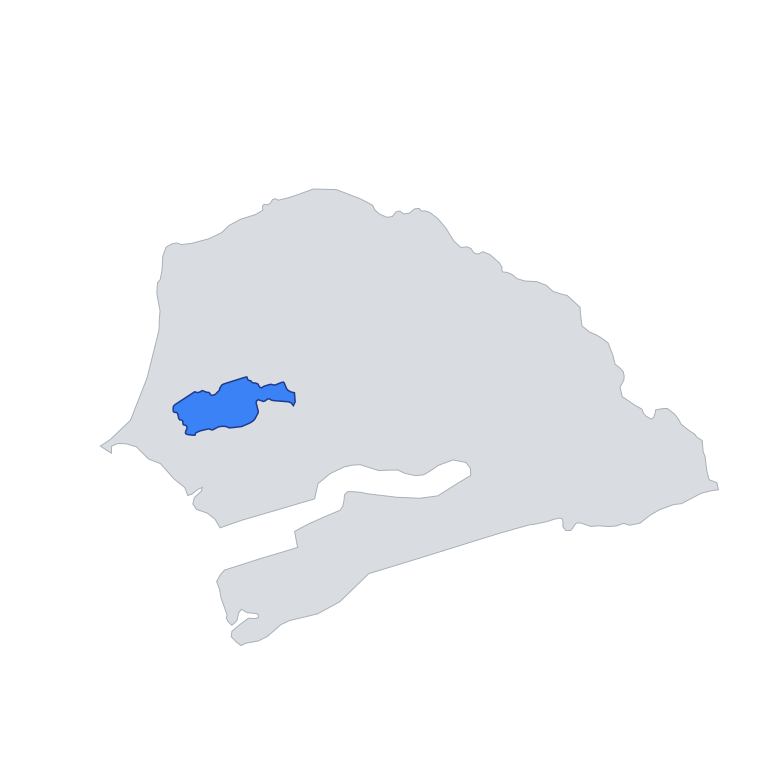 Diourbel highlighted on a map of Senegal, rotated 343°
{"feature_id": "SEN-763", "entity_name": "Diourbel", "entity_type": "Region", "adm_level": 1, "iso_a3": "SEN", "parent_name": "Senegal", "parent_adm1": "", "projection": "albers", "projection_center": [-16.16, 14.769], "detail": "fine", "context": "in_parent", "style": "filled", "palette": "blue", "viewbox_px": 768, "rotation_deg": 343, "n_neighbors": 0, "source": "natural_earth", "source_scale": "10m", "svg_char_len": 5272}
<svg xmlns="http://www.w3.org/2000/svg" viewBox="0 0 768 768"><g transform="rotate(343 384 384)"><path d="M584.9,352.6L593.9,367.9L592.2,375.4L590.3,386.3L595.5,394.1L601.4,399.2L605.6,403.8L610.3,410.3L611.3,423.2L610.7,432.6L613.7,436.8L616.4,442.1L616.0,446.6L614.4,450.6L608.8,455.9L608.1,465.7L617.4,477.3L623.4,483.6L623.4,487.3L625.1,491.2L629.5,495.9L632.2,494.7L635.0,490.8L636.3,488.1L644.2,489.2L647.9,490.3L653.1,497.9L655.1,503.0L656.4,509.4L661.8,517.3L666.5,522.9L667.6,526.4L671.8,531.1L669.4,541.8L669.8,547.2L667.3,561.5L666.9,568.3L667.1,570.7L673.4,575.7L672.9,582.9L666.6,581.8L655.5,581.2L633.5,585.4L625.9,584.0L611.4,584.7L601.1,587.0L588.0,591.9L577.8,590.9L572.3,587.3L565.0,587.7L556.8,585.9L548.1,582.4L540.1,580.7L531.4,574.3L527.4,573.2L524.6,574.9L522.3,577.2L519.8,578.6L515.1,577.4L513.3,573.0L514.7,568.6L515.1,565.4L512.9,563.6L507.7,563.1L499.2,563.2L485.6,562.0L482.5,561.2L452.0,560.5L420.3,560.6L393.5,560.8L359.7,560.9L335.9,560.9L313.8,560.9L296.7,569.8L278.1,579.3L253.2,584.4L224.4,582.6L215.2,583.9L205.7,588.2L198.8,591.2L188.8,593.0L176.0,591.5L170.9,592.4L167.7,588.1L164.0,581.0L166.3,575.9L174.1,572.6L185.9,568.3L192.0,570.6L195.6,570.7L196.3,567.9L195.1,566.4L186.3,562.6L181.7,557.7L177.9,560.6L174.6,566.7L171.9,568.5L167.9,570.2L165.6,566.0L164.7,562.0L166.5,558.9L165.6,541.4L166.7,532.1L166.2,524.0L171.7,518.6L177.0,515.3L197.5,515.1L216.5,514.8L234.9,515.0L253.6,515.1L255.4,498.9L261.3,497.6L270.2,495.9L286.6,493.8L305.0,491.9L308.9,488.7L311.9,483.3L313.8,478.4L317.6,476.3L322.8,477.9L329.5,480.5L336.5,484.3L344.5,487.9L349.9,490.2L362.7,495.9L384.7,503.7L402.7,506.7L424.5,500.7L440.2,496.8L442.0,489.8L439.5,483.0L427.8,476.8L411.9,477.7L407.0,479.4L399.6,481.5L395.1,482.4L387.6,481.0L378.1,475.7L372.0,470.3L363.6,467.8L353.7,465.3L337.7,454.2L329.4,452.2L321.5,451.7L306.4,453.9L291.7,460.0L284.0,473.6L269.2,473.4L237.8,473.1L209.0,472.7L185.2,473.6L182.8,463.7L177.2,455.8L168.1,449.1L166.1,442.9L169.2,437.4L178.0,433.0L180.0,429.8L175.4,430.3L168.4,433.1L163.8,433.3L163.2,424.7L155.5,413.5L146.9,394.7L137.0,387.0L128.8,371.7L120.2,365.9L112.3,363.1L105.5,363.6L103.0,370.5L94.6,360.5L106.1,357.0L130.9,344.6L159.3,308.8L184.8,266.3L188.1,256.3L191.2,248.7L193.2,231.3L196.9,221.0L200.3,219.0L204.6,211.1L209.8,197.2L215.6,189.5L222.2,188.0L227.3,188.6L230.9,191.5L241.5,193.3L259.2,193.9L272.9,191.8L282.5,187.0L295.1,184.5L310.8,184.4L319.0,182.3L319.8,178.3L321.9,177.1L325.1,178.7L328.2,178.0L331.1,175.2L334.0,175.0L336.9,177.4L350.0,178.0L373.4,176.9L395.1,184.1L415.0,199.5L425.4,209.7L426.1,214.9L429.4,220.2L435.4,225.4L440.9,226.3L445.8,222.9L449.6,223.2L452.5,227.2L458.2,228.0L464.4,225.5L469.0,226.3L469.8,228.6L470.9,229.9L473.9,230.4L478.1,233.5L483.9,241.7L488.8,253.2L492.6,267.9L497.5,275.9L503.5,277.1L506.9,280.1L507.7,283.7L509.4,286.0L512.3,287.3L517.4,286.5L523.3,291.4L529.8,302.1L530.9,307.0L529.9,309.7L530.4,311.6L534.6,313.4L538.6,316.9L542.0,322.2L549.1,326.8L560.0,330.8L567.9,336.9L572.8,345.0L582.8,351.8L584.9,352.6Z" fill="#d9dde1" stroke="#a8b0b8" stroke-width="1"/><path d="M273.2,351.0L275.8,351.2L276.2,351.4L277.1,352.1L277.8,352.5L279.2,353.0L280.1,353.1L286.3,352.5L287.5,352.6L288.3,352.8L288.6,353.2L288.9,353.7L289.4,359.4L290.0,361.5L292.4,364.2L295.8,366.2L293.8,375.1L291.0,378.2L289.7,374.9L287.5,373.1L275.1,368.2L272.1,366.9L269.9,364.6L268.2,364.4L265.6,365.3L263.7,365.5L259.0,362.1L258.6,362.4L257.4,363.0L256.9,363.3L256.6,363.7L256.4,364.2L256.2,364.7L255.8,372.9L255.5,374.0L255.3,374.5L255.1,374.9L250.0,380.0L249.6,380.2L247.3,381.3L244.1,382.1L236.3,383.0L235.0,383.0L224.8,381.1L223.5,380.7L222.6,380.3L221.6,379.3L220.4,378.5L219.5,378.0L216.4,377.0L213.3,376.6L212.3,376.7L207.4,377.7L206.7,377.7L206.1,377.6L205.3,377.2L204.8,376.8L204.0,376.1L203.6,375.8L202.7,375.6L194.7,375.1L190.6,375.5L189.4,375.9L188.3,377.7L186.3,377.1L181.6,375.0L180.5,374.3L180.2,373.9L179.9,373.5L179.8,372.9L179.9,372.4L180.3,371.7L180.9,370.8L182.3,369.3L182.8,368.4L183.0,367.6L182.9,367.0L182.8,366.4L182.6,366.0L182.2,365.6L181.9,365.3L181.0,364.9L180.6,364.6L180.3,364.3L180.1,363.9L180.2,363.0L180.3,362.3L180.6,361.2L180.7,360.8L180.6,360.3L180.4,360.0L180.1,359.6L179.7,359.3L179.3,359.0L178.4,358.7L178.1,358.4L177.9,357.9L177.7,357.3L177.6,356.2L177.6,355.7L177.9,354.6L177.9,352.2L177.8,351.6L177.7,351.1L177.4,350.7L177.0,350.5L176.5,350.3L175.7,350.0L175.3,349.8L174.8,349.3L174.6,349.0L174.5,348.6L175.0,346.4L175.5,344.9L176.4,343.5L178.1,342.6L200.6,336.1L201.0,336.3L201.2,336.5L201.5,336.7L202.6,337.4L203.4,337.7L204.1,337.8L204.9,337.8L206.2,337.7L206.9,337.5L207.4,337.3L207.5,337.2L208.1,337.1L208.5,337.3L211.7,339.8L212.1,340.1L213.6,340.7L214.2,341.0L214.5,341.5L214.7,342.0L214.8,342.5L214.8,343.1L215.0,343.5L215.3,343.9L215.7,344.2L216.2,344.5L216.8,344.6L217.6,344.7L218.8,344.7L219.9,344.4L224.4,342.0L225.1,341.5L225.5,340.2L228.5,337.6L230.7,337.1L253.5,336.9L254.9,337.2L254.9,338.0L255.0,339.3L255.1,339.9L255.3,340.4L255.5,340.8L255.9,341.1L256.3,341.3L256.9,341.6L257.3,341.8L257.6,342.1L258.1,343.6L258.4,344.0L258.7,344.3L259.1,344.6L261.5,345.6L263.0,346.7L263.3,347.1L263.6,347.5L263.7,348.0L263.8,349.3L264.2,350.6L265.9,351.9L268.3,351.1L273.2,351.0Z" fill="#3b82f6" stroke="#1e3a8a" stroke-width="1.5"/></g></svg>